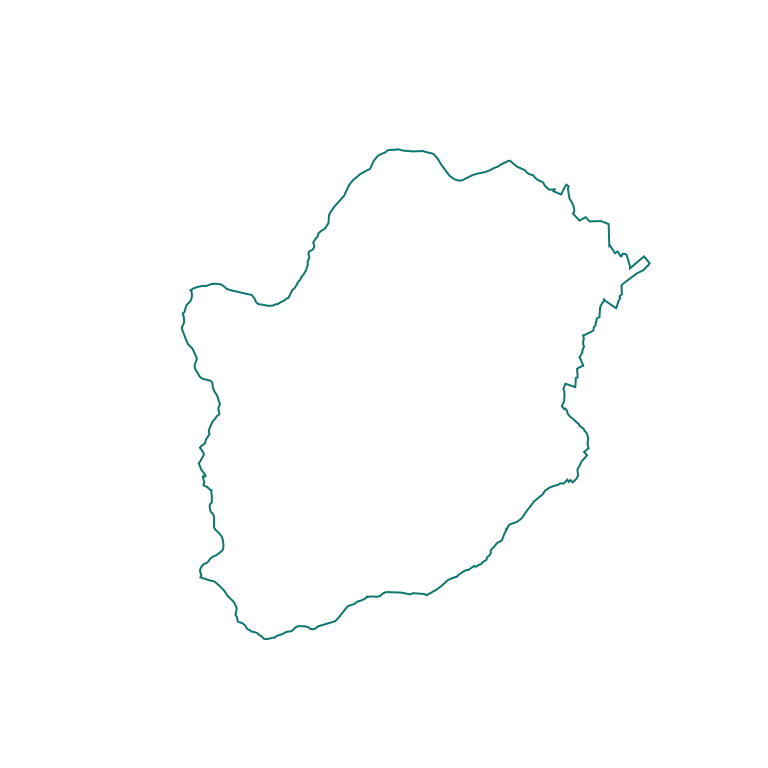 Auseu, Bihor, Romania (Mercator projection), rotated 224°
{"feature_id": "2599482B68618981696500", "entity_name": "Auseu", "entity_type": "district", "adm_level": 2, "iso_a3": "ROU", "parent_name": "Romania", "parent_adm1": "Bihor", "projection": "mercator", "projection_center": [22.51, 47.062], "detail": "fine", "context": "isolated", "style": "outline", "palette": "teal", "viewbox_px": 768, "rotation_deg": 224, "n_neighbors": 0, "source": "geoboundaries", "source_scale": "gbopen_adm2", "svg_char_len": 6166}
<svg xmlns="http://www.w3.org/2000/svg" viewBox="0 0 768 768"><g transform="rotate(224 384 384)"><path d="M501.5,583.3L507.6,583.9L510.4,582.8L514.7,580.1L517.7,578.7L524.6,571.6L531.8,565.6L537.1,562.4L538.7,560.3L542.9,555.9L543.7,554.6L544.1,551.1L545.5,548.1L546.7,544.8L546.9,542.6L546.3,537.0L543.7,530.0L543.5,528.6L544.6,526.2L546.9,518.5L547.9,508.9L547.3,502.8L543.4,491.5L543.0,477.8L542.0,471.3L541.3,468.6L540.8,467.4L540.0,466.2L535.7,461.2L534.4,454.7L535.7,449.7L535.8,446.5L534.2,444.0L534.0,440.4L533.3,436.7L530.9,435.4L529.3,433.8L528.7,431.7L528.9,429.9L529.7,428.2L529.8,427.1L529.2,425.7L528.3,424.8L526.0,423.6L524.9,422.0L524.6,420.6L524.0,419.1L521.6,416.8L518.8,411.0L518.6,409.2L518.0,407.2L517.7,403.4L516.7,400.8L516.7,397.3L515.7,395.0L514.9,390.5L515.2,387.6L514.5,385.9L513.9,383.6L512.7,380.3L512.7,379.3L513.6,377.6L513.6,375.9L514.3,372.9L515.0,371.8L515.9,368.0L517.5,365.6L518.4,363.4L520.0,361.3L520.8,360.8L522.3,359.2L523.6,358.7L524.9,357.5L526.8,356.5L529.4,354.4L531.3,354.0L533.0,354.0L536.0,355.4L540.9,356.2L558.3,345.6L563.2,343.1L566.1,343.1L569.6,342.7L571.4,341.8L575.6,338.4L577.7,335.9L580.2,330.5L582.5,328.8L585.3,324.7L587.3,320.8L588.3,317.0L587.1,317.1L585.6,316.0L583.6,314.3L581.8,311.6L581.1,310.3L580.8,308.1L580.9,304.0L580.6,302.9L579.0,299.8L577.9,298.1L577.5,296.7L577.7,294.9L574.0,292.7L571.5,290.4L570.3,288.8L568.9,284.8L568.3,283.7L567.5,283.2L556.9,278.2L552.1,276.4L546.3,276.4L537.5,272.9L535.9,271.7L535.1,270.2L534.0,267.3L532.7,265.3L531.0,264.1L530.0,263.6L522.1,261.4L519.6,261.4L517.6,262.0L512.1,265.3L511.0,265.8L509.6,265.8L507.6,265.1L505.2,263.0L504.0,262.2L500.0,260.6L496.6,260.0L488.2,255.6L487.8,255.1L486.4,251.7L485.2,250.5L482.5,248.9L481.5,247.8L481.5,247.1L481.9,245.0L481.4,241.6L481.2,238.3L480.5,235.6L479.7,234.1L479.9,233.6L477.9,229.4L476.8,227.9L474.7,226.8L473.3,219.8L471.5,217.0L472.4,212.2L472.2,210.3L467.7,209.5L465.2,208.7L464.2,207.4L463.5,204.2L462.7,201.6L462.3,199.2L461.9,197.9L460.7,197.6L455.6,195.4L449.1,194.3L448.5,194.0L448.5,193.0L450.1,192.0L449.8,191.3L444.7,188.3L444.5,187.0L443.4,185.8L439.6,187.0L437.0,187.2L435.4,187.1L434.2,187.8L433.5,186.6L432.6,185.7L429.9,183.8L425.6,179.1L425.7,177.4L425.3,176.1L424.1,174.5L420.4,171.9L416.7,171.7L413.6,170.1L409.6,165.8L407.8,163.7L406.4,162.7L404.0,162.1L398.4,162.0L394.9,161.6L392.0,160.2L387.9,156.9L386.0,154.8L384.9,152.8L384.7,150.5L385.7,144.3L387.2,140.7L387.7,137.7L387.6,136.7L387.1,135.1L387.3,132.3L387.7,131.0L388.6,129.4L388.6,127.8L388.2,124.7L386.9,122.0L385.5,121.1L383.7,120.2L382.4,119.2L382.0,118.7L381.7,117.4L372.4,121.9L370.3,123.4L368.2,124.2L362.2,124.5L355.2,124.3L348.9,122.9L342.2,122.9L340.6,122.8L335.0,120.9L333.7,119.8L331.6,116.6L331.0,115.4L330.5,114.8L327.4,114.0L326.2,112.8L324.6,111.8L323.9,111.6L323.4,111.6L321.6,112.7L319.3,113.6L316.1,113.8L313.1,113.0L311.6,112.9L308.9,113.8L307.5,113.7L305.6,115.2L301.9,116.9L301.4,116.9L300.5,116.6L297.2,117.4L294.0,117.3L293.1,117.5L290.9,119.3L289.3,121.7L287.6,124.7L286.7,125.1L286.4,125.9L286.2,126.9L286.4,127.9L283.1,134.1L282.3,137.2L281.5,138.6L279.1,141.5L278.5,144.2L278.7,145.9L278.6,147.4L277.9,149.3L276.3,151.5L271.9,155.2L269.2,156.6L267.2,156.5L264.4,158.5L263.7,159.9L262.9,164.3L254.9,178.3L254.3,180.0L254.4,185.0L255.7,198.5L255.2,200.1L252.5,205.2L252.0,209.0L249.9,212.6L248.5,216.4L248.5,218.3L248.3,218.1L248.0,219.3L245.7,222.2L241.0,226.3L240.1,227.9L239.4,230.1L239.3,231.9L239.0,233.5L238.1,235.4L237.1,236.6L226.5,246.1L219.4,250.6L218.6,251.5L217.9,253.6L209.7,260.5L206.3,262.0L206.1,264.2L205.0,266.3L204.5,269.4L203.7,271.1L202.5,277.9L201.8,287.5L200.1,291.7L199.0,293.5L198.9,294.6L198.1,295.2L197.7,296.1L197.9,298.0L196.5,304.9L195.7,306.9L194.2,308.9L192.7,315.8L191.5,316.0L190.8,316.6L190.1,319.9L188.9,322.2L189.3,324.0L188.2,328.8L189.4,331.2L189.1,333.5L189.3,334.9L189.9,337.0L191.5,338.2L191.8,340.1L191.8,342.6L192.2,348.2L192.1,348.9L191.0,351.5L190.7,353.7L193.2,359.5L194.3,363.1L195.6,364.7L194.8,365.3L195.5,366.5L196.2,370.0L192.9,376.4L192.1,379.7L191.7,382.8L191.9,384.7L192.9,390.1L194.5,404.0L193.2,414.6L194.1,419.3L192.6,425.6L188.5,433.0L188.3,434.9L185.8,437.0L185.6,439.0L185.6,442.6L183.1,441.9L183.0,444.5L179.9,444.3L179.7,449.2L180.7,452.5L181.1,453.2L185.3,456.7L185.9,457.9L186.3,460.5L188.2,465.9L188.2,470.4L188.5,473.8L189.5,473.7L191.5,474.1L192.8,474.0L192.2,479.8L195.7,482.1L196.7,483.1L198.8,486.1L199.9,487.1L203.3,489.2L205.2,489.6L206.9,489.5L209.1,490.3L210.0,490.4L214.6,489.8L215.7,490.3L217.1,490.6L218.1,490.3L224.9,490.2L227.6,489.7L231.7,490.4L233.6,491.9L236.7,492.2L236.9,491.1L240.7,491.6L242.6,496.9L246.5,501.4L249.3,504.0L251.4,504.9L253.7,510.2L244.3,514.6L246.9,517.9L250.2,521.6L249.3,523.1L251.1,525.0L255.7,529.0L255.1,531.4L253.4,535.6L259.4,538.3L261.8,538.9L263.2,544.3L264.5,545.8L266.2,550.0L267.9,550.7L268.9,551.4L270.5,553.4L271.8,555.5L274.5,557.3L273.4,559.5L271.2,565.6L270.7,567.9L271.0,568.7L272.2,570.0L272.8,573.5L274.4,575.5L275.0,576.9L276.2,578.6L276.4,579.5L275.4,581.8L276.8,583.2L281.8,589.4L282.4,590.7L282.9,592.4L283.4,595.6L284.1,597.2L284.4,597.4L284.5,597.8L282.9,597.5L269.8,599.7L270.3,601.3L272.7,606.2L273.8,609.9L275.4,610.6L275.5,611.6L275.2,613.7L281.4,619.6L281.8,621.5L278.9,639.4L276.4,646.3L276.6,650.8L276.4,653.0L276.8,655.4L285.6,656.4L287.4,638.0L289.1,639.7L299.1,645.4L300.4,645.2L302.6,643.8L302.6,642.9L301.9,640.9L302.5,640.3L308.0,641.6L308.7,638.5L317.5,640.6L317.7,639.7L333.5,655.1L341.1,651.9L349.0,643.8L354.9,644.0L356.9,637.3L366.5,637.9L366.9,640.2L368.8,642.0L371.4,643.7L375.2,645.2L379.6,646.3L387.4,652.3L388.6,654.5L391.3,654.1L390.5,650.1L388.2,643.4L396.0,640.4L396.5,642.5L400.0,638.7L402.8,638.3L405.9,638.4L409.3,639.4L410.5,639.3L412.1,638.8L415.5,637.5L419.0,637.3L421.8,637.8L425.1,635.9L428.5,635.3L431.0,635.7L439.9,632.6L448.4,632.2L449.8,630.6L450.4,628.0L451.5,625.8L451.8,624.3L452.4,623.4L452.9,620.1L455.1,615.2L456.4,611.2L457.3,609.1L458.7,606.4L463.0,600.1L465.4,595.8L467.2,590.5L467.9,589.1L469.2,584.9L469.8,584.0L472.2,581.8L475.6,580.2L481.5,579.3L494.9,581.5L501.5,583.3Z" fill="none" stroke="#0f766e" stroke-width="2"/></g></svg>